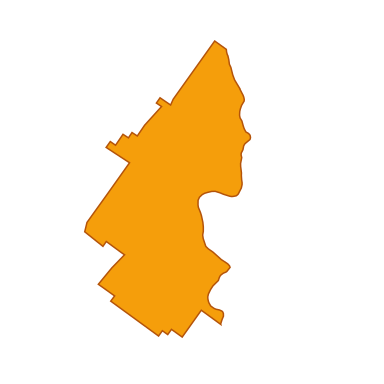 the district of Washington, Ohio, United States of America, rotated 303°
{"feature_id": "52423323B97388910931036", "entity_name": "Washington", "entity_type": "district", "adm_level": 2, "iso_a3": "USA", "parent_name": "United States of America", "parent_adm1": "Ohio", "projection": "equal_earth", "projection_center": [-81.437, 39.431], "detail": "fine", "context": "isolated", "style": "filled", "palette": "amber", "viewbox_px": 384, "rotation_deg": 303, "n_neighbors": 0, "source": "geoboundaries", "source_scale": "gbopen_adm2", "svg_char_len": 1870}
<svg xmlns="http://www.w3.org/2000/svg" viewBox="0 0 384 384"><g transform="rotate(303 192 192)"><path d="M96.6,288.3L97.0,287.9L98.8,287.4L101.3,286.7L105.0,286.0L107.2,284.5L107.9,283.5L108.3,282.8L108.4,281.8L108.0,279.2L106.8,276.1L106.5,274.7L106.4,273.5L106.6,269.8L108.0,267.0L108.9,265.7L110.9,263.6L112.7,262.3L115.5,261.3L120.3,260.7L124.7,260.7L132.1,262.3L134.7,261.6L136.5,261.3L138.3,261.5L141.0,262.5L143.3,264.1L144.3,264.5L149.5,265.0L150.5,263.7L151.2,261.2L151.3,253.3L153.0,242.5L153.2,236.7L153.9,233.2L159.0,226.8L161.7,224.4L165.2,222.9L168.9,220.5L172.4,217.7L177.2,212.9L179.3,210.4L182.6,205.7L184.4,204.1L188.4,201.6L191.7,201.1L195.4,202.0L197.8,203.3L200.5,205.6L201.5,206.6L203.2,208.2L205.2,211.1L206.6,216.1L207.2,219.5L208.9,225.6L209.6,227.4L210.5,228.7L212.8,231.1L214.4,231.7L215.7,231.9L217.3,231.7L222.2,231.2L225.4,230.0L227.0,229.0L229.4,226.9L232.6,224.5L234.9,223.1L239.9,218.9L242.4,217.2L247.9,215.0L249.8,213.0L251.5,212.1L255.2,211.7L258.9,210.2L261.3,210.1L267.5,212.0L268.3,211.9L269.7,211.3L271.1,209.9L271.6,208.9L271.9,207.0L271.7,204.8L271.9,204.2L272.8,202.5L273.8,200.9L275.4,198.9L278.7,195.2L280.3,192.0L281.6,190.7L282.4,190.0L285.5,188.2L288.0,187.3L291.7,186.4L296.6,186.2L297.8,185.6L298.5,185.0L299.8,183.7L301.1,181.9L302.2,179.9L304.4,176.1L304.6,176.1L309.2,166.7L312.4,162.4L317.7,156.7L319.5,153.8L323.0,150.8L325.8,147.9L326.5,146.7L328.2,144.8L330.3,143.1L331.0,128.8L259.6,125.7L253.3,126.7L253.6,113.9L247.2,113.7L247.1,119.9L222.3,115.9L209.2,115.6L209.2,109.3L202.8,109.2L202.8,102.7L189.6,102.4L189.8,96.0L182.6,95.7L182.5,123.7L143.5,122.1L109.3,120.5L100.2,123.7L97.9,146.9L103.8,147.1L102.7,165.8L102.6,169.6L84.7,166.1L63.6,163.7L62.7,183.7L56.2,183.3L53.0,242.4L59.5,242.7L59.2,249.3L65.6,249.6L65.0,262.8L97.9,264.2L96.6,288.3Z" fill="#f59e0b" stroke="#b45309" stroke-width="1.5"/></g></svg>